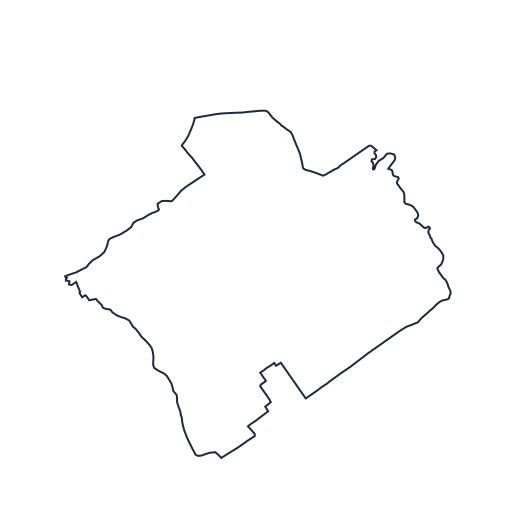 Prey Kabbas, Takêv, Cambodia, rotated 326°
{"feature_id": "14789045B29637734688493", "entity_name": "Prey Kabbas", "entity_type": "district", "adm_level": 2, "iso_a3": "KHM", "parent_name": "Cambodia", "parent_adm1": "Takêv", "projection": "orthographic", "projection_center": [104.944, 11.157], "detail": "fine", "context": "isolated", "style": "outline", "palette": "slate", "viewbox_px": 512, "rotation_deg": 326, "n_neighbors": 0, "source": "geoboundaries", "source_scale": "gbopen_adm2", "svg_char_len": 4574}
<svg xmlns="http://www.w3.org/2000/svg" viewBox="0 0 512 512"><g transform="rotate(326 256 256)"><path d="M413.0,228.8L411.3,227.8L387.0,228.1L380.9,228.2L376.6,228.1L373.4,228.8L372.0,228.6L369.8,228.2L367.1,227.9L366.0,227.8L364.7,227.8L361.7,227.5L360.2,227.6L357.4,227.0L356.4,226.8L355.2,225.0L352.4,221.0L348.9,216.4L345.4,212.5L344.1,209.7L344.7,208.0L346.0,205.4L347.9,200.4L349.5,196.2L350.6,191.4L351.6,186.1L352.7,180.9L353.9,175.8L354.1,172.4L352.5,168.7L351.1,164.4L350.1,162.2L350.0,160.9L349.4,158.7L348.4,155.7L347.0,150.5L346.6,144.1L345.7,141.4L343.6,139.8L339.6,137.3L336.0,135.4L332.6,133.5L328.7,131.4L324.8,129.4L320.4,126.6L315.3,123.5L310.9,120.8L306.4,118.2L300.8,115.4L295.6,113.1L289.4,110.3L284.9,108.3L282.2,107.3L281.2,108.4L277.9,111.3L273.1,114.6L266.6,118.8L261.2,121.2L257.6,122.3L256.1,123.1L256.6,127.0L257.0,132.6L257.6,137.0L258.0,139.2L258.0,141.2L258.3,145.6L258.6,149.8L258.8,154.5L258.8,158.7L258.8,159.7L241.1,159.5L236.8,159.5L230.4,160.0L224.5,161.7L217.8,163.3L216.4,163.3L212.7,160.3L208.8,157.8L203.5,157.7L201.8,161.3L201.7,163.0L200.6,163.6L197.0,163.2L194.1,162.3L190.6,161.9L183.6,161.6L177.1,160.0L173.1,159.9L168.5,162.3L163.0,162.6L158.7,162.3L157.0,162.3L154.2,162.0L147.8,160.4L143.9,160.0L142.1,160.8L137.3,165.0L132.4,167.9L126.3,168.8L118.3,168.2L113.2,169.1L109.6,170.3L107.8,170.3L103.9,169.7L97.7,169.0L91.4,167.2L88.6,166.6L86.5,166.1L86.2,167.2L87.0,168.2L85.1,169.3L84.6,170.1L85.7,170.9L87.2,172.7L85.7,174.2L85.1,175.0L85.9,176.1L87.4,177.0L92.4,176.9L90.4,185.9L90.2,187.3L89.0,187.9L88.8,193.0L92.4,193.1L92.9,193.9L93.0,196.0L93.0,199.4L99.3,202.1L99.5,204.9L100.2,208.2L100.7,210.6L100.1,213.3L102.4,216.4L104.4,218.0L105.3,219.4L105.4,222.3L107.1,226.6L107.6,227.7L110.1,231.4L112.6,234.3L114.8,238.5L114.7,243.0L114.4,245.2L115.5,249.5L115.9,254.4L115.9,258.8L116.3,260.7L117.1,264.1L118.0,270.3L118.0,274.0L116.9,277.5L114.9,281.8L112.5,285.1L109.9,288.7L109.0,291.7L110.6,295.7L112.2,298.8L114.1,302.0L115.0,306.0L114.8,311.0L114.6,314.2L113.2,318.7L112.0,321.4L112.2,324.1L112.5,326.8L111.2,329.5L109.0,332.7L107.6,337.1L106.5,341.9L104.6,346.2L104.0,348.9L102.5,351.3L101.0,354.8L99.1,360.1L97.4,367.3L96.6,372.1L95.6,379.6L94.8,387.1L96.1,389.2L98.8,390.8L107.3,393.1L112.5,395.9L113.6,399.6L114.3,404.0L123.2,404.2L134.4,404.7L145.2,404.4L154.2,404.6L155.4,402.9L154.8,397.4L154.1,392.7L157.1,392.4L164.3,392.4L179.3,391.5L179.4,386.1L183.5,385.7L186.5,385.4L186.9,382.5L186.9,376.1L186.6,366.5L188.0,365.3L192.3,365.3L194.4,365.0L194.3,359.2L194.3,355.0L198.4,355.1L203.0,354.8L206.2,355.0L211.3,354.9L211.3,358.2L216.9,358.4L217.1,372.2L217.6,401.9L218.6,401.9L225.5,401.8L232.5,401.7L237.2,401.4L243.7,401.5L247.1,401.1L251.7,401.0L261.3,400.7L272.8,400.6L284.5,399.9L294.3,399.3L304.5,399.1L314.8,398.9L324.6,398.7L334.2,398.5L341.1,398.8L347.0,400.2L353.2,401.5L357.0,400.4L359.6,399.9L361.0,399.7L364.7,399.3L370.4,398.5L373.2,398.2L375.3,397.8L378.8,397.1L382.8,396.7L386.5,397.3L389.9,398.8L392.2,399.1L393.2,398.2L394.5,397.1L395.9,396.3L396.9,395.2L397.7,393.3L398.0,391.5L398.2,389.6L398.9,387.3L399.4,385.5L399.6,383.8L399.7,381.5L398.9,379.0L398.8,376.6L398.8,374.1L398.7,371.5L399.0,370.1L399.2,368.2L399.9,367.3L401.7,366.9L404.5,366.7L407.5,364.9L408.8,363.9L409.7,363.0L410.7,361.7L411.4,360.5L411.8,358.4L411.8,356.8L411.8,354.9L411.5,352.4L411.2,350.5L410.3,348.1L410.2,346.2L410.3,343.8L410.8,340.9L411.3,339.5L410.8,338.6L411.3,337.1L411.6,336.1L411.7,333.8L412.6,332.1L414.3,330.6L415.6,330.6L415.7,328.7L415.1,327.9L412.4,327.8L411.3,326.8L410.6,324.6L410.2,322.5L409.5,320.1L407.8,317.8L407.5,316.0L408.1,314.7L410.9,314.8L413.2,313.1L413.9,311.4L414.2,309.6L414.0,305.3L414.0,303.6L413.4,302.1L412.3,299.8L410.6,297.9L409.3,296.3L409.1,294.3L411.7,290.5L412.6,289.0L413.6,287.5L413.9,286.3L414.1,285.1L413.9,283.1L413.7,280.7L413.6,279.2L413.6,277.0L413.5,274.9L414.2,273.6L415.7,272.5L417.7,271.6L417.9,270.0L416.3,268.3L415.0,266.4L415.0,265.2L415.5,263.9L416.0,262.8L416.7,261.4L416.4,260.2L415.2,258.7L414.4,257.7L415.8,257.1L417.8,256.4L419.3,255.8L421.4,255.2L423.5,254.4L425.4,253.6L426.7,251.8L426.9,250.6L427.4,249.3L425.8,247.3L424.4,245.8L422.1,244.6L420.1,244.8L418.0,245.6L416.1,246.0L410.7,245.8L407.8,246.8L405.7,247.8L404.2,249.2L403.0,249.9L402.0,250.2L401.5,249.3L402.2,248.3L403.6,247.2L404.2,246.3L404.7,245.2L405.0,243.9L404.7,242.1L406.1,240.6L407.4,241.4L409.0,242.1L410.2,241.6L411.4,240.7L411.9,239.5L411.6,237.2L412.7,235.7L415.1,235.7L414.8,234.6L414.2,232.7L413.6,230.6L413.0,228.8Z" fill="none" stroke="#1e293b" stroke-width="2"/></g></svg>